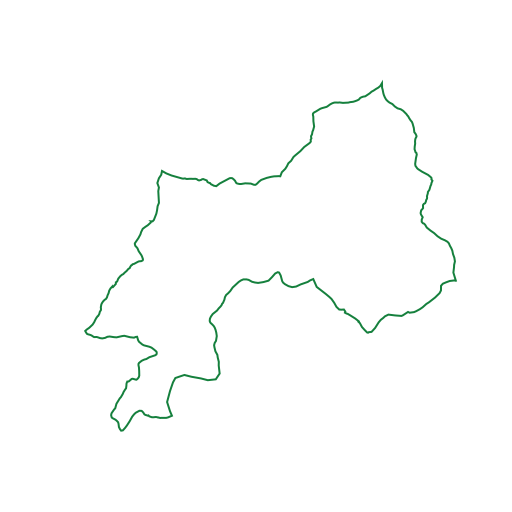 the district of Makambako Township Authority, Njombe, United Republic of Tanzania, rotated 337°
{"feature_id": "72390352B34261430797900", "entity_name": "Makambako Township Authority", "entity_type": "district", "adm_level": 2, "iso_a3": "TZA", "parent_name": "United Republic of Tanzania", "parent_adm1": "Njombe", "projection": "mercator", "projection_center": [34.908, -8.902], "detail": "fine", "context": "isolated", "style": "outline", "palette": "green", "viewbox_px": 512, "rotation_deg": 337, "n_neighbors": 0, "source": "geoboundaries", "source_scale": "gbopen_adm2", "svg_char_len": 6068}
<svg xmlns="http://www.w3.org/2000/svg" viewBox="0 0 512 512"><g transform="rotate(337 256 256)"><path d="M202.7,141.0L200.5,144.2L197.0,146.5L193.7,150.3L193.4,155.0L191.4,158.1L187.4,169.2L184.9,171.7L182.7,175.4L180.8,178.1L176.1,182.9L174.3,183.7L173.0,183.1L173.1,183.3L172.1,184.1L168.4,185.4L165.7,185.9L162.4,186.7L159.6,189.1L158.0,191.0L154.6,193.7L149.4,197.0L149.0,198.2L148.9,199.6L149.5,201.2L149.9,202.6L149.9,205.8L150.8,210.3L150.9,211.8L150.7,214.8L150.2,215.6L149.9,215.8L148.4,215.9L146.2,215.2L144.9,215.2L140.8,215.6L139.1,215.4L138.5,215.8L137.4,215.9L135.8,217.0L135.0,217.8L133.5,218.0L131.1,219.2L128.3,220.1L126.8,220.8L125.3,220.9L123.3,221.5L120.4,223.0L118.2,225.2L116.7,225.5L116.1,226.9L112.0,228.8L111.1,228.4L111.2,228.2L109.4,229.0L107.4,230.5L105.7,232.7L104.0,234.2L102.6,235.9L101.1,236.9L99.5,237.2L97.4,238.1L95.5,239.4L94.6,240.3L93.1,242.6L92.9,243.4L92.2,245.1L90.4,246.4L89.2,248.0L87.3,249.5L86.7,249.5L85.5,250.3L85.3,250.3L83.2,251.9L81.2,253.7L78.8,255.3L74.5,256.9L71.3,257.6L69.5,258.3L69.7,260.2L70.1,261.8L71.1,262.7L72.3,263.6L73.6,264.9L74.2,265.9L75.3,267.4L77.7,268.3L78.8,269.2L80.3,270.6L82.3,271.8L85.1,272.4L87.6,272.3L89.8,272.9L93.7,275.3L95.9,276.4L101.4,277.4L103.6,278.0L108.4,281.6L111.8,283.5L113.6,283.5L115.0,283.9L114.6,287.5L114.8,289.2L116.8,293.1L118.0,294.5L122.3,297.8L124.0,299.5L125.5,302.1L126.8,304.7L127.0,305.5L126.7,306.6L125.9,307.7L124.5,308.0L118.3,307.5L114.8,308.0L112.9,307.7L111.8,307.7L109.8,307.8L106.6,308.7L105.6,309.5L105.1,310.8L104.7,312.9L103.5,316.3L101.8,320.5L100.6,321.9L99.5,322.5L98.4,323.0L97.4,323.1L94.5,320.8L93.5,320.6L90.0,321.7L88.9,321.6L88.5,321.3L87.6,322.1L86.8,323.1L86.1,324.6L84.7,327.0L83.3,327.8L80.9,329.5L79.5,330.9L76.4,333.2L75.0,333.8L69.8,337.5L66.9,341.2L65.5,341.8L61.6,344.3L60.9,345.2L60.4,346.1L60.1,348.3L60.6,349.2L62.7,351.8L63.4,353.2L64.1,355.1L63.9,356.7L63.0,359.9L63.1,362.1L63.6,364.1L65.3,364.5L68.3,363.1L70.9,361.6L75.2,358.7L79.3,355.5L81.9,354.1L84.0,353.3L88.2,352.9L90.1,353.8L90.5,354.4L91.1,356.2L91.4,358.1L92.1,359.1L92.9,359.7L94.0,360.7L94.7,360.7L95.1,361.9L97.1,363.7L98.7,364.4L100.7,365.0L101.8,365.6L102.8,366.5L103.1,366.5L104.3,367.5L110.1,369.9L111.8,370.2L116.2,370.2L116.2,365.2L117.1,355.7L124.1,346.7L130.2,339.9L134.1,336.8L143.5,337.5L149.5,342.0L157.5,347.2L163.1,351.5L170.8,353.8L176.6,350.0L178.9,342.2L180.4,338.9L181.1,334.5L181.8,331.9L181.4,327.9L182.1,323.7L182.6,321.7L184.0,319.9L186.0,318.5L188.6,314.4L189.5,311.0L189.9,308.3L190.0,305.8L189.7,303.8L188.7,301.2L188.2,300.3L187.9,299.1L188.0,297.7L189.1,295.7L190.9,294.1L193.5,292.5L198.8,291.0L201.3,289.6L203.5,288.7L205.1,287.8L206.2,286.7L207.4,286.2L208.5,285.1L209.8,283.9L211.3,281.8L213.3,280.2L215.8,279.4L218.6,278.2L222.2,275.9L230.0,273.1L232.7,272.6L235.2,272.6L237.9,273.7L239.9,275.1L242.3,278.2L244.7,280.0L247.4,281.6L252.6,282.9L257.9,283.6L262.5,281.7L266.8,279.6L269.7,279.4L270.8,280.3L271.1,283.6L270.3,289.4L270.5,291.0L271.6,293.2L274.1,296.4L277.1,298.8L281.0,299.8L286.0,299.6L293.5,300.1L296.2,299.6L299.7,299.6L299.8,308.2L305.4,318.2L307.4,322.1L308.7,325.0L309.7,329.6L310.2,334.3L311.7,337.8L313.7,338.8L316.0,339.6L316.5,342.1L315.7,342.9L316.8,344.3L317.8,345.1L319.5,347.4L322.9,352.3L325.1,356.3L324.6,356.6L325.4,358.4L325.8,362.8L327.2,366.8L328.4,369.8L329.2,370.4L330.0,370.2L332.7,371.0L337.5,368.8L343.0,365.0L346.0,363.5L348.7,362.8L351.2,361.9L355.0,361.7L360.9,365.1L366.5,368.0L367.9,368.0L374.1,366.9L375.2,368.2L379.5,369.4L381.7,369.4L386.0,369.0L389.4,368.3L394.1,366.7L397.1,366.2L404.6,364.2L410.5,361.9L412.8,360.0L414.7,355.7L417.2,354.5L420.6,354.5L424.6,354.7L429.1,356.0L429.9,356.7L430.3,356.8L431.2,348.4L433.9,343.7L434.9,341.6L437.0,338.7L437.9,335.1L438.1,331.2L438.8,327.8L438.8,325.1L438.5,322.4L438.5,319.7L437.8,317.7L436.0,315.3L433.2,312.4L430.8,308.7L428.9,304.5L426.5,300.7L424.3,296.5L423.9,293.4L423.4,292.0L422.4,291.0L421.9,289.2L422.8,287.2L424.6,285.4L424.3,283.8L424.1,282.1L424.3,280.8L425.9,278.5L427.3,277.9L428.5,277.2L429.6,274.4L430.8,273.6L432.3,273.5L433.6,272.3L434.5,271.0L435.8,270.0L436.4,268.9L436.7,267.8L438.7,265.4L439.2,264.3L441.5,262.8L444.1,259.6L445.1,258.8L446.1,257.3L447.8,255.7L447.4,254.1L447.8,253.4L448.0,252.6L447.6,251.5L446.1,248.6L441.8,243.3L439.3,239.6L438.7,238.5L438.0,235.3L438.5,233.4L441.5,228.4L443.6,225.5L443.9,223.8L443.4,222.9L443.7,219.6L444.9,217.2L446.4,214.8L447.2,212.6L448.1,211.0L448.8,210.1L450.4,208.8L450.7,207.8L450.6,205.8L450.1,203.9L451.3,199.8L451.9,195.2L451.9,193.4L451.3,191.5L450.8,188.6L450.7,186.9L450.3,186.0L449.9,184.1L448.2,179.9L446.6,177.5L444.0,175.4L442.2,172.6L440.9,169.4L438.8,166.9L437.7,164.9L436.9,162.8L436.6,160.3L436.6,157.7L436.8,156.0L437.6,152.2L437.8,150.4L439.5,146.1L436.9,148.0L434.4,148.8L431.9,149.1L428.8,149.7L426.6,149.9L424.2,150.7L419.0,151.7L416.9,151.2L415.2,151.1L413.8,151.2L411.7,152.2L409.7,152.3L407.7,152.2L405.7,152.0L402.6,151.1L401.0,150.9L395.8,149.0L392.9,147.3L391.6,146.9L388.5,145.5L387.4,145.3L385.8,145.2L383.5,145.4L380.2,146.2L379.1,146.3L374.7,145.7L372.8,145.6L367.5,146.4L365.9,146.5L365.2,146.7L364.2,147.1L363.5,148.3L363.2,150.1L361.5,154.4L360.1,159.5L357.6,162.7L356.7,163.4L355.1,165.9L353.5,167.2L353.1,168.3L353.0,169.3L352.6,169.7L351.8,170.2L351.2,172.0L350.4,172.6L348.9,173.1L343.0,174.5L337.8,176.8L331.2,178.8L329.2,179.5L325.5,182.1L322.0,183.3L319.6,185.4L317.0,187.2L312.5,189.0L309.5,192.1L308.2,191.4L303.6,189.7L300.7,189.0L296.4,188.3L290.6,188.0L287.9,188.7L285.3,189.8L283.4,190.3L281.9,189.6L279.5,187.3L274.5,184.9L270.4,183.9L269.0,183.3L267.8,182.5L266.6,181.5L266.3,180.8L266.1,178.5L265.4,176.7L264.6,175.2L263.5,174.5L262.1,174.1L250.8,175.1L246.7,176.2L244.5,174.7L243.6,173.4L243.0,172.9L242.5,172.1L242.2,170.9L241.7,170.6L240.3,169.1L240.2,167.2L237.4,164.5L236.3,164.3L235.2,164.5L233.1,164.2L232.1,163.2L231.5,162.1L230.3,161.2L228.6,160.6L225.6,159.2L222.5,158.1L221.7,157.6L220.9,156.8L219.6,156.5L218.4,155.9L209.7,148.9L205.7,144.9L202.7,141.0Z" fill="none" stroke="#15803d" stroke-width="2"/></g></svg>